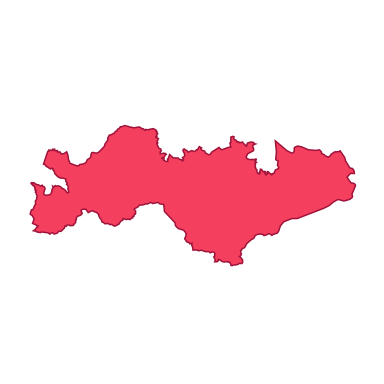 the district of Nhu Thanh, Thanh Hóa, Vietnam, rotated 280°
{"feature_id": "81297802B85505749224324", "entity_name": "Nhu Thanh", "entity_type": "district", "adm_level": 2, "iso_a3": "VNM", "parent_name": "Vietnam", "parent_adm1": "Thanh Hóa", "projection": "natural_earth1", "projection_center": [105.557, 19.588], "detail": "fine", "context": "isolated", "style": "filled", "palette": "rose", "viewbox_px": 384, "rotation_deg": 280, "n_neighbors": 0, "source": "geoboundaries", "source_scale": "gbopen_adm2", "svg_char_len": 6007}
<svg xmlns="http://www.w3.org/2000/svg" viewBox="0 0 384 384"><g transform="rotate(280 192 192)"><path d="M214.5,350.8L216.0,350.8L217.6,349.9L226.4,351.9L227.7,351.5L228.6,349.9L228.7,346.8L233.5,342.1L237.8,344.8L238.4,348.7L241.0,347.9L243.0,346.0L243.1,343.3L249.2,337.9L252.6,336.3L258.3,330.7L257.3,329.7L256.2,325.4L253.3,322.4L251.5,321.7L250.0,320.1L250.9,316.6L251.6,315.9L252.3,313.6L252.8,312.7L253.6,312.7L254.8,311.6L255.6,310.2L254.4,306.4L253.8,299.3L255.5,292.0L255.6,288.0L253.9,285.4L252.9,285.1L249.6,285.6L247.9,284.4L247.7,283.2L249.1,278.4L256.8,265.2L246.1,268.2L239.1,268.7L238.2,269.2L237.4,271.5L233.5,271.4L230.8,273.3L229.6,272.5L228.6,270.8L227.6,270.1L224.6,269.5L224.1,268.0L222.8,267.6L223.3,267.1L223.3,266.4L223.8,266.2L224.3,264.3L225.1,263.8L225.2,262.7L224.2,262.5L224.0,263.4L223.4,263.2L222.5,262.7L222.5,261.9L221.9,262.0L221.9,261.5L222.9,261.3L223.0,260.6L224.8,260.7L225.0,260.2L224.2,258.9L226.3,256.6L226.3,255.4L225.0,255.7L224.2,255.0L222.4,256.0L222.2,254.5L221.5,254.8L221.6,253.8L223.1,252.5L225.3,252.0L226.0,250.7L227.2,250.4L227.4,249.8L230.0,249.8L231.4,249.0L231.6,249.7L232.3,249.6L232.5,250.2L233.1,249.3L235.5,249.6L235.5,248.6L234.3,248.1L234.7,246.7L233.9,242.8L234.4,240.4L235.8,239.3L239.2,240.1L243.4,245.4L245.5,245.2L246.8,244.0L248.9,244.0L250.3,246.2L250.4,244.8L251.5,244.1L251.4,241.1L249.7,238.0L246.6,237.7L249.1,233.7L250.0,233.2L248.8,230.2L249.6,229.3L249.0,227.7L250.4,226.9L251.0,224.5L252.5,223.7L253.6,223.9L253.9,222.5L252.8,220.7L247.5,221.7L247.2,221.0L246.5,220.9L243.0,222.4L242.2,219.9L239.1,214.7L238.9,213.3L240.6,210.9L234.8,204.6L232.1,203.3L231.6,202.0L232.7,198.6L234.5,197.4L234.9,194.3L236.2,193.1L237.1,193.8L238.0,191.3L234.4,190.0L234.5,189.2L232.3,187.7L232.7,184.6L230.6,181.2L232.0,179.7L232.4,177.7L233.0,177.3L232.9,176.4L231.7,175.8L230.2,176.5L229.1,177.6L226.4,178.5L225.3,178.1L224.4,176.6L222.1,178.2L221.0,177.2L221.9,176.3L222.0,173.9L223.1,172.6L222.3,167.8L225.0,163.4L220.8,162.8L220.2,162.2L219.9,162.7L219.4,162.4L218.1,162.9L217.5,161.7L218.4,158.5L219.5,158.8L220.0,156.6L220.5,156.6L220.4,158.3L223.8,159.2L224.5,160.1L225.3,159.4L225.3,157.4L224.1,154.0L226.6,153.8L227.2,154.6L229.0,153.7L229.1,152.5L229.8,151.4L233.7,148.8L234.4,149.8L235.3,148.8L238.8,149.7L239.5,146.9L240.5,146.8L240.7,147.8L242.4,147.3L243.3,148.1L244.0,147.8L244.2,146.8L244.9,146.9L245.2,146.3L245.7,146.8L246.8,145.7L247.7,142.8L245.5,137.2L245.6,135.5L244.6,135.0L245.8,132.9L245.5,131.7L246.3,130.7L246.9,128.6L245.0,123.3L245.4,120.8L245.0,119.6L245.5,118.4L245.7,114.0L244.0,111.5L243.9,110.2L241.6,109.0L240.9,107.8L239.3,107.5L238.6,106.3L236.4,105.0L234.0,101.9L233.7,100.7L230.5,99.6L229.0,100.2L224.2,98.0L221.6,97.7L215.2,93.4L213.6,91.1L213.8,87.7L213.3,86.5L211.4,86.0L208.3,86.2L205.7,83.3L202.4,82.4L200.6,79.8L199.7,76.8L198.3,76.1L197.8,73.8L199.1,66.9L202.5,64.8L206.5,63.5L209.8,61.6L207.5,59.1L206.8,56.6L208.5,55.1L208.1,52.5L209.4,52.3L208.9,49.9L210.3,49.4L209.9,47.3L208.8,47.7L208.5,43.8L207.5,44.1L206.9,42.9L193.6,40.9L193.4,42.6L192.2,43.6L190.1,48.6L191.2,50.2L190.6,50.5L190.5,51.5L189.4,51.4L188.6,52.6L186.1,53.9L183.8,57.1L182.8,60.0L183.3,62.6L182.8,65.5L180.6,65.8L179.1,67.7L177.8,67.1L176.8,68.6L175.7,69.2L173.3,69.2L171.6,70.3L170.1,70.6L169.6,69.3L171.8,66.8L172.8,64.9L172.7,63.8L173.8,62.7L174.8,60.2L174.7,58.4L174.1,57.7L174.6,56.2L173.0,55.3L173.6,53.8L172.1,54.5L169.9,53.6L168.3,53.9L165.4,53.2L164.4,51.9L163.3,48.4L163.8,47.0L164.8,46.1L170.1,46.7L171.7,45.2L171.7,44.1L172.7,43.1L171.5,42.0L172.3,39.9L172.5,36.9L173.6,35.2L173.3,32.2L172.5,32.1L172.7,33.3L172.7,34.2L172.5,32.9L171.9,32.9L170.6,34.5L171.0,35.2L169.2,36.2L169.1,36.8L167.8,36.7L166.6,37.2L166.4,38.2L164.7,37.8L164.4,38.5L163.0,38.9L160.9,40.5L159.5,40.0L157.5,40.2L156.1,39.3L152.6,40.1L151.7,39.4L147.1,38.4L146.6,37.0L142.3,36.4L141.6,37.1L141.3,38.5L138.0,41.2L133.4,40.4L131.9,46.2L131.3,46.4L131.3,45.7L127.9,44.1L126.3,42.6L126.3,44.9L125.7,46.3L125.7,49.8L126.5,50.7L126.8,57.4L125.8,59.3L127.1,60.3L127.6,61.5L126.7,63.6L127.9,66.2L130.4,67.9L130.4,69.8L134.3,72.6L136.5,72.8L136.4,74.2L137.4,74.5L138.2,75.8L138.1,77.1L137.6,77.7L138.5,81.0L139.6,81.0L140.2,81.9L142.2,82.7L144.0,82.4L144.7,82.9L145.7,82.5L148.1,83.3L149.6,86.1L151.5,87.6L152.8,87.2L153.2,86.4L154.9,86.0L156.2,87.7L156.5,90.6L153.7,93.4L156.0,96.5L156.1,98.2L155.5,99.3L155.4,101.1L153.8,104.1L153.0,104.0L150.5,105.6L149.0,107.4L146.7,108.7L146.7,109.9L145.6,111.7L146.4,115.0L145.6,116.6L146.1,118.0L144.9,121.6L146.2,124.0L147.3,124.5L147.5,125.5L150.6,126.8L152.5,128.9L153.9,128.7L153.5,132.3L154.2,133.6L154.1,135.8L156.2,137.3L156.2,138.1L157.5,137.9L158.0,139.0L160.2,139.2L160.4,140.0L161.0,140.2L163.5,139.8L164.8,138.1L165.5,138.2L167.8,141.3L169.9,142.5L171.0,146.5L172.5,148.9L172.4,150.1L174.6,153.3L173.8,155.3L175.8,160.2L174.7,162.5L174.8,166.3L168.0,168.3L158.8,180.6L156.4,181.4L155.2,182.4L153.6,185.0L152.9,190.4L151.1,192.6L148.8,193.8L144.6,192.9L141.8,195.8L141.7,197.6L140.5,199.0L141.6,200.9L139.5,201.0L137.5,202.3L134.9,203.1L135.7,205.9L135.3,209.0L136.3,211.2L135.6,215.7L136.2,218.8L135.3,220.6L136.5,222.3L136.6,224.0L135.5,225.2L133.8,225.1L133.0,225.7L131.8,224.7L129.3,226.7L127.2,226.4L127.8,229.1L128.9,229.9L130.2,229.7L130.3,230.5L128.7,233.9L128.6,235.8L129.4,238.2L129.2,239.8L129.5,240.8L128.1,242.5L126.5,243.1L126.4,244.3L127.3,245.5L127.7,247.5L128.8,250.0L130.0,251.1L130.1,253.3L130.6,253.8L131.5,254.2L132.6,253.6L133.7,253.8L136.3,251.1L136.7,250.0L138.2,251.2L139.6,251.5L140.5,250.6L142.7,250.1L143.5,251.0L144.9,251.1L146.1,253.2L148.1,254.2L149.6,254.3L151.5,255.5L155.5,258.8L157.0,260.8L160.2,261.9L161.6,263.8L162.5,266.5L162.5,269.5L161.6,270.2L161.7,270.8L162.6,272.7L164.3,274.7L164.2,276.1L163.1,278.2L164.3,279.2L166.4,283.2L168.8,284.2L173.9,284.9L178.6,287.5L183.1,294.8L184.2,300.3L198.8,324.5L202.4,329.4L206.8,333.1L209.6,336.5L210.0,338.0L209.5,342.7L210.0,344.3L212.1,348.6L214.5,350.8Z" fill="#f43f5e" stroke="#9f1239" stroke-width="1.5"/></g></svg>